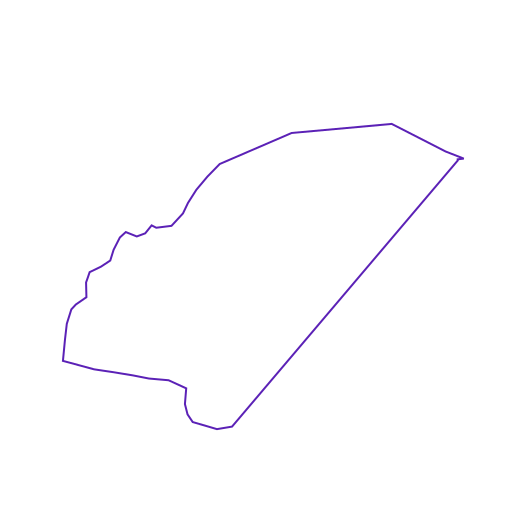 the district of Asomatos Lemesou, Cyprus, rotated 297°
{"feature_id": "46923920B94310568342837", "entity_name": "Asomatos Lemesou", "entity_type": "district", "adm_level": 2, "iso_a3": "CYP", "parent_name": "Cyprus", "parent_adm1": "", "projection": "equal_earth", "projection_center": [32.967, 34.63], "detail": "fine", "context": "isolated", "style": "outline", "palette": "violet", "viewbox_px": 512, "rotation_deg": 297, "n_neighbors": 0, "source": "geoboundaries", "source_scale": "gbopen_adm2", "svg_char_len": 705}
<svg xmlns="http://www.w3.org/2000/svg" viewBox="0 0 512 512"><g transform="rotate(297 256 256)"><path d="M437.1,396.9L435.2,377.5L435.3,316.9L434.3,315.4L381.8,231.9L321.5,181.9L304.8,176.7L288.0,172.8L272.5,171.3L260.8,171.6L244.5,167.0L235.9,154.3L235.9,149.1L225.9,147.0L219.3,140.9L218.2,129.1L210.7,126.3L203.7,126.3L196.9,126.3L185.8,128.2L176.1,122.7L166.1,115.1L160.6,115.9L155.3,116.6L142.3,123.6L131.0,117.5L124.6,115.7L109.7,118.2L94.4,123.9L74.9,131.6L81.5,163.1L84.2,171.2L87.3,180.4L93.7,200.4L98.2,216.2L105.6,234.5L106.4,253.9L91.8,259.9L83.8,266.9L79.3,275.0L82.4,291.2L84.0,299.8L93.1,312.1L432.7,392.4L433.7,391.8L437.1,396.9Z" fill="none" stroke="#5b21b6" stroke-width="2"/></g></svg>